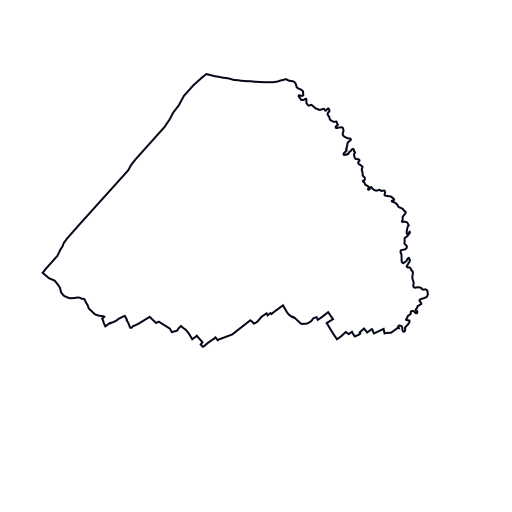 Palmar De Varela, Atlántico, Colombia, rotated 222°
{"feature_id": "7082276B56269884010814", "entity_name": "Palmar De Varela", "entity_type": "district", "adm_level": 2, "iso_a3": "COL", "parent_name": "Colombia", "parent_adm1": "Atlántico", "projection": "robinson", "projection_center": [-74.784, 10.7], "detail": "fine", "context": "isolated", "style": "outline", "palette": "ink", "viewbox_px": 512, "rotation_deg": 222, "n_neighbors": 0, "source": "geoboundaries", "source_scale": "gbopen_adm2", "svg_char_len": 6138}
<svg xmlns="http://www.w3.org/2000/svg" viewBox="0 0 512 512"><g transform="rotate(222 256 256)"><path d="M403.3,100.7L394.9,101.0L389.1,103.0L383.8,102.1L380.7,101.3L376.0,98.3L374.9,98.3L373.0,97.9L371.6,98.0L367.4,99.4L365.6,100.4L363.2,102.9L362.5,103.5L361.7,104.9L359.6,106.7L359.2,107.0L357.0,107.6L355.8,108.6L354.4,109.1L352.2,108.0L348.3,106.8L345.0,105.1L336.6,104.9L333.0,106.4L329.4,108.9L328.7,109.3L328.1,109.3L328.3,106.4L327.7,106.4L324.2,104.3L320.9,102.9L319.7,108.5L319.2,108.4L318.7,109.8L318.0,111.0L316.7,114.0L315.9,118.1L315.4,119.0L314.4,121.9L313.4,123.7L309.4,122.3L309.3,121.8L306.1,120.8L301.6,118.5L300.4,119.5L300.4,121.8L299.2,124.0L297.9,127.4L294.3,139.6L285.4,139.4L284.4,142.1L271.5,144.4L267.6,143.1L264.7,147.7L265.1,150.2L264.9,153.8L261.5,153.8L259.9,154.1L258.1,154.1L254.2,153.5L247.7,151.5L246.7,156.1L246.7,157.1L238.0,156.1L238.0,153.3L234.9,152.9L234.3,153.8L233.6,159.4L232.3,164.7L231.8,166.8L231.7,168.4L228.1,167.8L227.9,168.8L221.2,181.7L217.2,204.4L214.4,204.6L212.4,204.3L211.6,206.0L211.1,208.0L211.1,213.0L211.3,214.2L209.8,220.5L207.6,219.7L207.1,223.2L205.7,223.2L205.2,226.6L202.9,237.4L195.3,234.9L192.4,234.4L188.1,234.8L188.0,235.5L186.7,235.5L186.5,235.9L177.7,235.8L176.9,236.0L175.9,236.7L173.6,239.1L172.9,239.9L172.2,241.6L171.6,243.5L171.4,245.2L171.7,247.8L171.3,248.9L170.1,251.1L167.4,249.9L166.4,253.7L164.8,262.5L156.5,260.6L158.6,253.5L147.4,250.1L140.1,248.3L139.1,252.8L138.4,259.6L134.8,260.0L134.0,263.9L130.9,262.8L128.7,262.3L126.6,267.2L126.8,268.3L127.8,268.5L127.2,274.4L122.2,273.5L121.0,279.2L119.8,279.0L118.5,278.2L116.5,277.4L112.4,287.2L108.7,284.5L106.5,287.3L104.3,289.3L102.6,297.2L102.7,297.4L101.6,298.0L103.1,298.9L103.3,299.5L103.1,300.2L101.4,301.1L100.7,301.2L99.6,300.7L98.0,299.3L97.4,298.9L96.3,298.4L95.8,298.4L95.4,298.8L95.2,299.5L95.4,300.3L96.2,301.6L97.1,302.1L97.4,302.8L97.3,306.6L97.5,308.9L98.2,310.2L98.5,310.5L99.0,310.6L101.0,309.3L101.6,309.0L102.0,309.2L102.5,311.8L102.9,312.5L103.0,313.2L102.3,316.2L102.4,316.7L103.4,317.7L103.7,318.2L103.4,319.2L102.8,320.0L102.3,320.3L101.2,320.5L99.3,320.4L98.7,320.5L98.3,320.9L98.2,321.4L98.6,322.4L99.1,322.7L99.8,322.7L101.0,322.5L101.4,323.0L101.6,323.7L101.4,324.9L102.2,326.5L102.2,327.1L101.1,331.0L102.1,331.7L104.5,332.1L104.9,332.5L104.9,333.9L103.1,336.8L101.9,339.4L101.8,340.2L102.1,341.2L102.6,342.4L105.2,344.7L106.3,345.0L106.8,344.9L108.0,344.4L109.1,343.0L109.7,342.7L110.3,342.5L111.8,342.7L112.4,342.6L113.9,341.8L115.7,340.2L116.2,339.2L117.2,338.5L118.4,338.5L119.3,339.2L120.1,340.5L121.2,341.9L124.0,343.5L125.4,344.5L128.1,348.4L129.1,349.3L129.6,349.5L130.6,349.3L132.8,350.2L133.9,350.3L134.4,350.2L135.5,349.0L136.6,348.9L137.1,349.2L138.3,354.9L138.5,355.5L138.8,355.9L139.6,356.0L140.8,356.9L141.2,356.9L141.4,356.5L141.4,354.4L140.9,353.2L140.9,352.5L141.6,349.8L141.7,349.3L142.4,349.0L143.6,349.1L144.2,349.5L148.8,354.4L150.7,355.2L151.9,356.5L152.1,356.9L152.0,357.4L149.5,361.0L149.5,363.0L149.9,363.7L151.0,364.4L153.0,364.4L153.9,364.6L157.5,368.7L156.8,372.3L157.0,373.3L157.1,376.1L157.4,376.5L157.8,376.8L158.1,376.8L157.7,374.5L157.9,373.7L158.5,373.5L159.9,374.3L162.0,377.6L162.8,379.2L163.1,380.4L163.0,381.0L165.2,381.8L166.6,382.0L168.5,381.0L169.4,379.8L170.2,379.2L170.7,379.4L171.4,381.3L172.1,382.1L172.7,382.5L173.3,383.6L173.5,387.6L173.9,388.7L174.5,388.9L176.7,388.8L178.0,389.2L179.4,389.0L182.4,388.0L183.0,388.0L183.6,388.0L185.1,388.6L186.2,388.8L186.6,388.7L188.1,388.7L191.0,387.6L191.6,387.5L192.0,387.9L191.0,389.7L191.0,390.2L191.4,390.6L195.0,390.6L196.0,390.2L199.9,387.6L201.0,387.2L201.5,387.6L202.8,389.9L204.0,390.5L204.4,390.5L206.4,388.3L206.9,388.0L208.4,387.9L208.8,387.5L209.7,385.8L210.2,385.2L210.8,384.7L213.2,384.0L214.4,384.0L216.1,384.3L216.7,384.2L217.0,383.5L216.3,381.8L216.5,380.7L217.4,380.5L217.9,382.0L218.3,382.6L219.0,382.8L220.4,382.6L222.5,382.1L224.4,383.0L226.2,383.0L226.8,383.3L226.7,383.8L226.3,384.3L226.1,384.8L226.2,385.5L226.6,386.0L227.6,386.9L228.1,387.1L229.6,387.1L230.8,387.4L232.2,388.9L235.4,391.1L236.2,393.2L236.6,393.5L237.4,393.7L240.9,393.2L241.7,393.2L242.4,393.6L242.8,394.2L242.9,395.9L243.1,396.4L243.6,396.5L244.5,396.5L246.7,394.9L247.4,394.9L249.0,395.4L250.9,396.8L251.2,397.2L251.5,397.9L251.5,398.6L251.8,399.4L252.9,399.4L253.4,399.6L254.5,400.5L255.1,400.6L255.6,400.4L256.1,399.2L255.8,397.8L256.3,395.2L255.7,394.2L255.7,393.4L255.9,392.9L256.6,392.8L256.7,391.6L257.7,390.5L258.3,390.0L259.0,390.1L259.5,391.5L259.2,394.7L259.4,395.2L260.1,395.3L260.3,396.2L261.0,396.5L261.5,398.0L262.4,399.6L263.1,400.4L263.7,401.8L263.7,402.2L263.2,405.3L263.4,405.9L263.9,406.3L264.3,406.4L264.7,406.2L266.2,405.1L267.5,404.5L270.3,403.8L271.3,403.8L272.5,404.1L273.4,404.8L274.6,407.4L275.5,408.3L277.2,409.3L277.8,409.3L278.2,409.2L279.8,407.6L281.9,404.8L282.5,404.7L283.2,405.2L283.3,405.9L283.0,408.3L284.8,408.9L285.7,409.6L286.3,409.7L286.6,409.4L287.6,408.0L288.0,407.7L291.4,406.8L292.4,406.9L292.9,407.2L294.7,408.4L297.2,408.9L297.8,409.4L298.4,410.8L298.2,412.3L298.5,413.0L300.4,414.1L300.9,414.1L301.3,413.5L301.4,412.8L301.3,411.1L301.7,410.5L302.4,410.4L303.6,410.9L304.3,410.6L305.7,408.1L306.9,406.7L307.8,406.7L310.3,405.6L313.5,405.6L316.0,405.4L316.4,404.9L316.9,403.7L317.4,403.1L318.1,402.9L319.6,403.0L321.0,403.5L323.4,406.1L323.9,406.4L324.6,405.4L324.9,404.2L325.2,403.7L326.8,402.2L328.2,402.7L331.0,403.1L331.5,403.5L331.6,404.2L331.2,404.6L329.9,405.1L328.9,405.8L328.6,406.2L328.4,407.0L328.9,407.7L329.8,408.3L330.7,409.4L331.7,409.9L333.5,409.9L336.4,408.9L338.4,408.6L339.0,408.8L340.7,410.0L342.7,410.9L344.3,410.9L345.5,410.5L349.1,408.2L352.1,407.5L352.5,406.7L355.4,402.5L356.4,400.5L359.4,396.8L366.0,390.8L373.9,384.4L376.9,382.3L379.8,379.8L384.3,376.3L387.0,374.6L390.1,372.1L395.3,369.6L399.9,366.4L404.6,363.6L406.8,362.1L414.6,358.0L415.5,352.9L416.8,340.6L416.7,326.6L414.2,316.4L413.5,307.2L411.6,299.8L410.3,290.5L410.2,247.3L409.7,240.0L408.3,234.1L408.3,160.1L408.1,142.5L407.5,136.8L406.3,134.0L405.6,129.7L403.7,123.3L403.6,104.9L403.3,102.3L403.3,100.7Z" fill="none" stroke="#020617" stroke-width="2"/></g></svg>